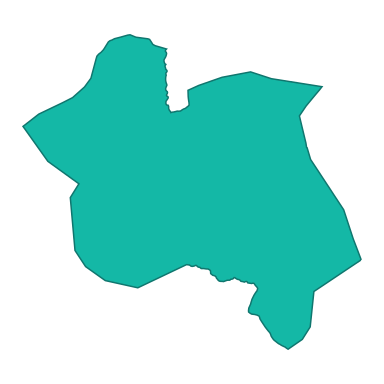 Bayanchandmani, Töv, Mongolia
{"feature_id": "93677404B83020582148290", "entity_name": "Bayanchandmani", "entity_type": "district", "adm_level": 2, "iso_a3": "MNG", "parent_name": "Mongolia", "parent_adm1": "Töv", "projection": "robinson", "projection_center": [106.239, 48.215], "detail": "fine", "context": "isolated", "style": "filled", "palette": "teal", "viewbox_px": 384, "rotation_deg": 0, "n_neighbors": 0, "source": "geoboundaries", "source_scale": "gbopen_adm2", "svg_char_len": 3163}
<svg xmlns="http://www.w3.org/2000/svg" viewBox="0 0 384 384"><path d="M322.0,86.7L271.4,78.7L250.6,71.9L222.0,77.3L198.8,85.4L188.0,90.3L188.2,96.6L188.4,98.7L188.7,100.9L189.0,102.7L189.1,105.0L188.6,105.7L187.5,106.7L186.6,107.3L185.4,108.4L184.3,108.7L182.5,109.6L181.5,110.3L180.5,111.0L179.7,111.1L178.5,111.2L177.2,111.1L175.8,111.5L173.7,112.0L172.0,112.2L170.8,112.6L170.5,111.7L169.2,110.0L168.6,108.2L168.7,106.9L168.5,106.0L168.1,105.2L167.0,105.1L166.3,104.5L165.9,103.5L165.9,102.5L165.9,101.7L166.3,100.8L167.3,99.4L168.2,97.9L168.1,96.9L167.4,96.3L166.8,96.1L166.5,95.3L166.7,94.5L167.3,93.5L167.5,92.6L167.3,91.7L166.4,90.9L165.9,90.2L165.6,88.9L165.9,87.6L166.5,86.2L166.9,85.2L166.7,84.2L166.2,83.0L165.7,80.9L165.6,79.0L165.7,77.3L165.9,76.2L166.2,75.2L165.9,74.1L165.9,73.1L166.2,72.6L167.0,71.6L167.0,70.7L166.5,69.9L165.7,69.4L165.7,68.6L165.3,67.3L165.0,66.2L165.1,65.5L165.5,65.0L165.9,64.5L165.7,64.2L165.2,64.0L164.8,63.7L164.5,62.9L164.0,61.3L164.0,59.9L164.6,58.7L165.4,57.4L166.0,56.0L166.3,55.0L166.6,53.6L166.3,52.4L165.9,52.0L165.4,51.3L165.5,50.4L165.8,49.7L166.5,49.0L155.2,45.7L152.8,44.4L151.4,42.1L149.6,39.4L147.9,38.8L135.9,37.2L130.1,34.8L127.8,35.1L120.7,37.1L114.5,38.7L111.8,40.1L110.0,40.7L108.4,41.9L106.2,45.4L104.4,48.3L103.4,49.8L101.1,52.3L98.6,54.2L96.9,56.2L96.1,58.9L90.9,78.3L84.5,87.0L72.6,97.6L62.6,102.7L38.8,114.1L23.0,126.4L47.9,161.4L78.9,183.8L70.3,197.6L75.0,250.5L85.6,266.6L105.3,280.6L137.8,287.8L185.5,265.1L186.7,264.6L188.3,264.9L189.3,264.9L190.3,265.6L190.9,266.1L192.1,266.4L193.0,266.3L193.7,266.1L194.3,266.0L195.2,265.5L196.2,265.4L197.1,266.1L197.6,266.7L198.2,267.0L199.2,267.3L200.0,267.4L200.5,268.0L201.2,268.5L201.7,268.5L201.9,268.6L203.1,268.5L204.1,268.6L205.9,268.9L207.2,269.0L208.1,269.0L209.5,269.8L210.4,270.6L210.6,272.2L210.7,273.6L211.5,274.3L212.8,275.3L214.1,275.6L215.0,276.0L215.9,276.7L216.5,278.2L217.4,279.2L218.2,280.3L219.3,281.1L220.8,281.4L222.3,281.4L223.5,281.6L225.4,280.9L227.1,280.3L228.5,280.2L229.8,280.2L230.7,279.3L232.2,279.1L233.3,278.6L234.1,277.6L234.8,277.6L235.4,278.1L236.0,278.5L237.1,279.2L238.1,279.5L239.0,279.6L240.0,280.2L240.8,281.2L241.4,281.4L242.3,281.5L243.4,281.8L244.4,282.1L245.2,281.7L246.1,281.4L247.0,281.7L247.8,282.9L249.1,283.1L250.4,283.3L251.6,283.5L252.8,283.2L254.0,283.4L254.6,284.2L255.4,285.5L256.4,286.5L257.3,287.6L257.7,288.5L257.3,289.8L256.9,291.0L255.9,292.2L254.0,295.2L252.0,299.3L250.9,302.9L250.6,304.1L248.8,308.1L248.5,310.7L248.6,312.0L250.2,313.3L251.7,314.1L254.8,314.5L257.1,315.1L259.1,316.1L259.4,316.8L260.1,319.1L261.7,321.7L265.2,327.0L266.5,328.7L268.7,331.5L269.6,332.4L270.4,333.8L271.3,336.4L273.2,339.2L274.3,340.4L275.3,341.1L276.9,342.4L278.6,343.7L279.9,344.3L281.2,345.2L281.8,345.5L282.5,345.9L283.3,346.2L284.2,346.7L285.2,347.1L286.0,347.8L287.0,348.5L288.1,349.2L302.3,339.4L310.2,326.9L313.9,291.5L360.2,260.5L360.2,260.4L360.7,259.6L361.0,259.3L356.3,246.9L353.2,238.8L343.7,209.8L333.1,193.7L330.5,189.7L310.6,159.5L307.1,147.7L306.6,147.5L305.9,143.0L301.9,126.4L299.4,115.9L306.1,106.0L314.7,95.6L319.6,89.8L322.0,86.7Z" fill="#14b8a6" stroke="#0f766e" stroke-width="1.5"/></svg>